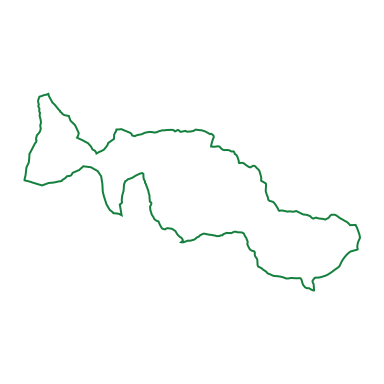 the district of Dagala, Thimphu, Bhutan, rotated 269°
{"feature_id": "84629894B90537236845167", "entity_name": "Dagala", "entity_type": "district", "adm_level": 2, "iso_a3": "BTN", "parent_name": "Bhutan", "parent_adm1": "Thimphu", "projection": "orthographic", "projection_center": [89.65, 27.288], "detail": "fine", "context": "isolated", "style": "outline", "palette": "green", "viewbox_px": 384, "rotation_deg": 269, "n_neighbors": 0, "source": "geoboundaries", "source_scale": "gbopen_adm2", "svg_char_len": 6055}
<svg xmlns="http://www.w3.org/2000/svg" viewBox="0 0 384 384"><g transform="rotate(269 192 192)"><path d="M156.2,355.0L156.1,349.4L156.4,349.2L157.4,348.4L158.8,347.0L159.7,345.7L160.4,344.3L160.8,343.7L161.4,342.8L163.2,339.6L165.9,336.1L166.7,334.6L166.8,333.7L166.8,331.3L166.4,330.4L165.6,329.4L164.4,328.7L163.8,328.1L163.1,326.7L162.1,324.8L162.6,323.4L162.9,322.2L163.0,320.8L163.3,318.6L163.8,316.6L164.2,315.8L164.0,314.6L163.4,313.3L163.4,312.3L164.5,310.8L165.7,309.9L166.4,308.2L167.1,306.5L167.4,304.5L167.6,302.8L171.2,295.8L170.8,294.7L170.5,292.7L171.0,288.8L170.7,287.2L171.9,282.2L171.9,280.1L171.6,279.0L172.4,278.2L174.3,277.4L176.9,275.9L180.0,273.7L180.7,272.8L181.4,270.8L181.7,269.5L182.8,268.2L185.9,267.6L187.2,267.0L191.1,265.8L193.0,265.8L197.5,266.2L198.9,266.1L199.6,265.5L199.9,264.8L200.8,263.6L201.7,261.8L202.2,261.3L203.5,261.4L204.7,261.5L206.2,261.3L212.4,259.6L215.2,256.8L216.6,255.7L217.1,254.5L217.1,253.5L215.6,250.8L216.0,249.3L218.2,246.2L219.8,244.3L220.2,243.0L220.3,241.7L220.1,239.7L220.7,239.3L222.4,239.3L224.1,238.7L225.9,238.2L228.0,237.2L228.9,236.1L229.2,235.5L230.4,235.2L231.1,234.9L231.9,234.2L231.8,232.4L232.2,231.4L233.0,230.1L233.3,228.7L233.4,227.0L233.3,225.5L233.7,223.5L235.2,221.7L236.9,220.4L237.3,218.3L236.9,216.4L236.9,213.7L237.2,211.9L238.9,212.1L240.9,212.7L244.7,213.9L246.2,214.7L247.9,214.5L249.1,213.4L249.9,212.2L249.6,211.0L252.3,206.3L253.5,202.8L253.8,199.9L254.3,196.8L253.1,194.7L252.5,191.6L252.4,187.9L253.2,186.6L252.7,183.9L252.4,181.4L254.1,179.6L254.2,178.7L253.0,176.4L252.9,176.0L254.0,174.8L254.4,174.1L254.5,171.9L254.4,167.7L254.1,165.4L254.2,163.6L253.3,159.7L252.3,157.8L252.4,156.9L252.0,155.7L252.6,153.2L252.8,150.5L252.3,147.0L251.7,144.9L250.7,143.1L250.1,139.4L249.6,137.4L248.8,135.8L249.6,133.1L251.3,132.4L252.2,131.3L255.2,124.4L256.1,122.4L255.8,119.8L255.8,117.5L253.9,117.1L252.5,116.0L250.7,115.2L246.4,114.9L245.3,113.2L243.5,110.6L242.5,109.1L240.2,108.2L238.6,107.0L235.9,104.7L234.3,101.7L234.0,100.5L232.2,97.2L232.8,97.1L235.0,95.6L236.3,93.2L239.1,91.9L240.6,90.6L242.7,88.8L244.2,85.9L245.3,84.2L248.3,78.0L250.6,79.2L252.8,79.8L257.3,77.9L260.9,76.2L265.4,71.8L268.7,70.6L270.1,70.3L271.1,65.7L272.3,63.8L273.4,63.1L274.7,61.5L275.4,61.5L276.4,60.4L281.5,56.4L283.9,54.0L287.7,52.0L290.6,50.5L291.4,50.3L292.6,50.1L291.9,48.2L291.4,45.6L290.4,42.8L290.2,41.9L289.9,41.1L288.7,40.6L286.5,39.8L284.9,39.7L283.2,40.1L282.1,40.4L280.7,39.8L279.2,40.3L278.4,40.8L277.5,40.9L276.3,40.6L274.9,40.8L273.7,41.4L271.5,41.0L270.6,41.0L268.4,41.6L266.2,42.0L263.7,42.2L261.3,41.4L257.7,41.9L255.7,41.2L254.3,40.5L253.1,39.5L251.5,38.0L249.1,37.2L247.3,37.0L246.3,37.4L244.6,37.0L243.6,36.0L234.9,31.3L233.8,30.6L232.8,30.1L229.0,29.9L224.2,29.3L222.7,28.5L219.4,26.9L211.8,25.9L207.7,24.8L206.6,24.8L206.0,27.1L205.5,28.9L204.8,31.3L204.5,31.9L202.7,37.4L201.2,42.3L203.5,48.8L203.9,54.1L204.9,59.0L205.2,61.7L206.4,62.8L208.0,65.4L210.0,67.4L210.2,70.0L210.8,71.5L213.3,73.1L215.9,79.5L219.6,83.8L218.5,91.4L214.6,98.0L209.4,101.4L202.1,102.5L193.7,102.8L189.5,103.8L181.4,106.2L175.6,109.4L172.9,112.7L172.4,112.8L172.1,113.5L171.8,116.8L171.3,118.8L170.0,121.2L180.8,119.6L181.7,121.0L182.6,121.8L185.1,121.6L189.4,122.1L194.4,123.6L200.9,124.2L204.0,125.5L204.7,126.9L205.8,128.1L206.5,130.5L207.3,132.6L209.4,136.1L211.3,140.3L211.8,142.6L210.9,143.7L207.8,143.7L205.5,144.1L203.6,145.1L202.1,145.2L201.5,145.6L200.6,146.1L199.7,146.3L199.0,146.5L196.7,147.5L195.8,147.6L195.0,148.0L194.2,148.3L191.8,148.7L189.4,149.4L187.9,149.4L183.1,149.7L182.8,150.1L182.4,150.7L182.1,151.0L181.4,151.2L180.4,151.0L179.2,150.4L178.0,149.8L174.4,150.1L172.7,150.7L170.5,151.2L169.4,151.8L167.6,153.0L166.2,153.5L164.8,154.7L164.0,155.9L163.1,158.0L161.5,158.6L159.6,159.4L157.7,160.5L156.8,160.9L156.0,161.6L155.8,161.9L155.2,163.8L155.2,164.3L155.2,164.7L155.5,165.0L155.9,165.7L156.3,166.9L155.6,171.2L155.2,171.9L153.4,174.5L152.6,175.1L151.8,175.5L150.2,176.4L149.4,177.0L147.3,179.1L146.5,180.5L145.4,181.4L144.5,181.8L143.8,182.0L143.3,181.8L142.0,180.3L141.8,181.4L141.8,181.8L142.0,183.0L142.2,183.4L143.5,187.3L143.3,188.4L143.3,189.4L143.5,190.0L144.0,192.0L144.1,192.7L144.4,193.3L145.3,194.8L146.0,195.5L146.6,196.3L147.3,198.1L148.0,198.7L148.8,199.7L150.1,202.7L150.1,203.6L149.8,205.0L149.5,205.9L149.4,207.1L149.1,208.0L149.0,208.9L148.8,209.6L148.8,210.9L148.5,211.6L148.3,212.6L148.3,213.2L148.1,214.0L147.7,215.1L147.5,216.0L147.4,217.3L147.6,219.1L148.1,219.7L148.2,220.8L148.2,221.7L148.9,222.1L149.5,223.1L149.6,223.5L150.5,225.8L150.2,230.6L151.5,233.4L151.5,235.4L151.0,236.5L150.9,237.7L150.7,241.1L149.6,243.1L147.4,244.0L144.9,245.5L141.6,246.7L140.3,246.8L139.4,246.4L138.2,246.6L136.5,247.4L134.6,248.3L133.5,249.0L132.3,250.7L131.6,253.1L130.9,253.6L130.3,253.8L128.9,253.6L127.2,253.9L126.3,254.2L124.6,255.5L123.1,256.1L117.8,256.3L116.7,256.7L116.2,257.0L115.2,259.1L114.6,260.1L113.1,261.8L111.4,264.3L111.1,264.7L109.7,265.8L109.4,266.3L108.8,267.3L108.2,269.0L107.1,271.1L106.7,272.2L106.5,273.3L106.4,275.6L105.8,279.1L105.2,281.4L104.1,284.1L103.9,284.6L103.9,285.2L103.9,286.4L103.9,287.0L104.2,288.7L104.3,289.9L104.2,291.0L103.9,295.1L103.9,295.7L104.0,297.5L103.9,298.6L103.7,299.2L103.2,299.5L102.7,299.8L101.6,300.2L99.4,300.7L97.7,301.3L97.2,301.5L96.2,302.2L94.9,303.3L94.5,303.7L94.2,304.3L94.0,304.8L93.8,305.3L93.8,307.1L93.6,307.7L92.3,309.6L91.8,310.7L91.4,311.8L91.5,312.3L92.0,312.4L93.8,312.2L96.7,312.1L97.8,311.9L100.0,311.0L100.6,310.9L101.1,311.0L101.6,311.3L103.9,313.1L104.2,313.6L104.2,314.2L104.2,314.8L104.2,316.5L104.4,318.3L104.8,320.0L105.8,323.4L106.4,325.0L107.2,326.6L108.1,328.1L109.7,330.6L111.8,333.4L113.7,336.3L114.8,337.7L115.2,338.1L115.7,338.4L117.8,339.4L119.9,340.5L121.4,341.4L122.8,342.4L124.2,343.5L125.5,344.6L126.8,345.8L128.0,347.1L129.1,348.5L129.7,349.5L129.9,350.0L130.3,351.7L131.1,354.6L131.5,356.3L131.9,356.7L133.3,356.4L134.8,356.3L137.2,356.7L140.0,357.6L143.3,359.2L146.7,358.6L153.0,356.5L156.2,355.0Z" fill="none" stroke="#15803d" stroke-width="2"/></g></svg>